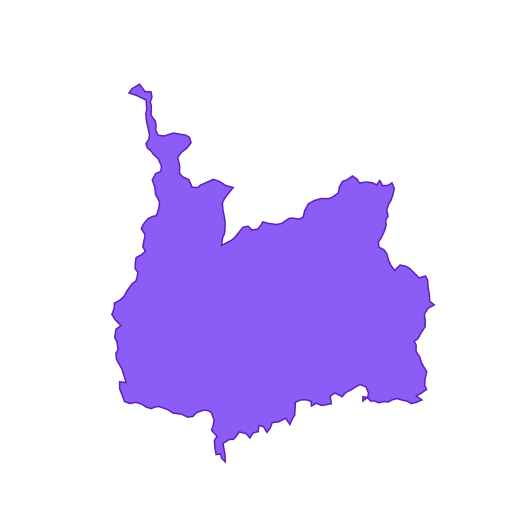 Balsa Nova, Paraná, Brazil, rotated 347°
{"feature_id": "56859067B3442614112454", "entity_name": "Balsa Nova", "entity_type": "district", "adm_level": 2, "iso_a3": "BRA", "parent_name": "Brazil", "parent_adm1": "Paraná", "projection": "albers", "projection_center": [-49.689, -25.488], "detail": "fine", "context": "isolated", "style": "filled", "palette": "violet", "viewbox_px": 512, "rotation_deg": 347, "n_neighbors": 0, "source": "geoboundaries", "source_scale": "gbopen_adm2", "svg_char_len": 3309}
<svg xmlns="http://www.w3.org/2000/svg" viewBox="0 0 512 512"><g transform="rotate(347 256 256)"><path d="M418.7,343.8L415.0,339.0L416.2,333.0L416.6,325.4L417.8,318.2L416.6,313.6L410.1,314.1L402.9,302.7L399.5,299.6L394.3,297.2L387.7,301.3L385.2,295.0L384.1,289.1L384.0,283.4L382.2,278.8L377.7,275.0L378.4,270.0L382.3,266.3L387.5,259.5L389.8,255.0L390.6,249.9L393.6,247.0L393.8,240.4L396.9,235.4L399.8,232.4L403.0,227.6L405.9,221.3L404.9,215.3L400.7,216.9L395.3,216.0L393.6,210.3L389.4,213.9L386.1,210.9L380.0,208.7L373.2,208.1L371.9,204.0L368.0,199.7L362.3,202.1L357.0,202.8L353.0,207.2L350.2,213.2L344.5,215.6L340.1,216.5L332.1,214.6L325.1,215.1L318.8,216.9L313.5,222.9L310.7,228.9L305.9,229.7L300.9,227.5L296.7,226.8L288.4,230.0L283.3,230.0L274.9,226.8L270.3,224.3L267.5,227.3L263.6,230.3L257.8,229.6L255.0,225.2L249.7,225.1L239.7,233.0L235.7,235.1L224.9,237.9L227.6,230.5L230.4,227.0L232.4,220.8L233.8,214.5L234.2,203.0L235.2,196.7L238.1,193.1L243.0,188.9L249.2,184.2L242.5,180.6L237.2,175.2L231.6,171.7L218.0,174.4L214.2,176.2L209.2,174.6L207.8,166.5L202.3,162.4L200.1,158.0L201.9,151.2L201.9,142.4L206.1,138.5L213.1,135.3L218.2,131.0L217.9,125.5L214.8,122.5L203.1,117.6L193.4,118.4L187.8,116.3L186.6,111.0L187.9,106.3L188.3,102.0L185.4,95.3L187.8,86.4L187.7,82.0L190.4,77.8L190.6,72.4L184.8,70.8L181.3,62.4L172.7,65.1L168.9,68.6L176.1,72.9L184.0,79.4L182.5,88.8L180.6,92.7L179.6,101.0L179.6,109.6L179.4,114.4L177.7,118.5L174.0,121.8L174.5,126.5L177.3,129.9L179.0,134.0L182.5,139.0L184.1,147.0L182.4,152.1L176.8,153.2L172.0,158.6L172.9,166.2L172.0,173.5L174.2,181.6L172.8,185.7L170.9,189.7L168.0,194.2L164.0,194.2L159.1,195.4L154.4,198.9L150.3,203.5L152.8,210.4L149.7,217.2L147.8,221.5L149.3,226.6L144.5,229.1L138.9,230.5L137.3,234.3L135.3,241.1L137.3,245.2L135.5,249.5L133.5,253.1L129.2,255.2L125.5,258.2L122.0,261.4L118.6,265.4L113.7,268.4L107.4,270.0L106.2,274.8L102.4,280.6L104.5,286.4L108.7,293.5L103.1,295.8L100.0,303.7L101.2,308.7L100.6,316.1L97.5,319.4L96.8,325.5L98.5,331.1L100.0,336.4L101.0,350.1L94.8,347.9L93.3,354.4L95.2,368.3L100.0,371.3L106.2,371.6L111.6,374.8L114.8,378.4L119.6,381.2L124.1,380.3L127.9,381.0L135.4,385.8L140.2,390.6L147.9,393.4L153.1,397.6L158.3,398.2L162.7,395.3L170.2,394.4L174.3,395.7L177.3,398.5L178.3,406.6L175.7,412.3L173.5,415.8L177.4,422.9L173.9,426.6L172.9,433.3L172.4,440.5L176.9,440.9L177.0,445.5L179.8,449.6L181.0,443.3L181.7,431.2L188.9,428.7L192.8,429.6L196.4,427.1L200.0,423.6L206.4,426.8L209.1,431.9L213.3,427.7L218.6,427.7L220.7,421.8L224.9,424.0L227.0,430.3L230.9,427.2L234.3,422.0L240.8,422.7L248.4,420.8L251.1,427.8L254.5,423.1L257.9,419.7L260.3,411.6L261.3,407.5L266.9,406.3L271.9,407.2L276.9,409.8L276.3,414.7L281.5,413.0L286.5,416.5L296.2,416.9L296.7,409.3L302.1,407.2L308.3,412.5L312.5,409.3L319.6,407.5L323.1,406.1L328.5,404.7L333.7,408.1L334.8,415.1L332.7,419.0L335.0,423.1L338.7,423.8L342.4,426.6L347.7,426.6L352.0,428.0L356.2,426.8L361.1,426.6L366.0,429.3L371.0,431.7L373.9,434.7L378.9,434.7L385.3,433.6L380.7,428.5L386.2,426.8L392.2,424.3L391.3,419.9L393.0,414.0L396.3,407.3L394.5,401.5L393.2,397.1L392.9,391.6L390.5,384.9L392.0,378.9L390.9,374.8L395.2,372.9L398.9,368.7L405.0,362.8L406.4,357.0L406.9,350.7L412.0,345.5L418.7,343.8ZM332.7,419.0L328.5,417.1L327.5,421.3L332.7,419.0Z" fill="#8b5cf6" stroke="#5b21b6" stroke-width="1.5"/></g></svg>